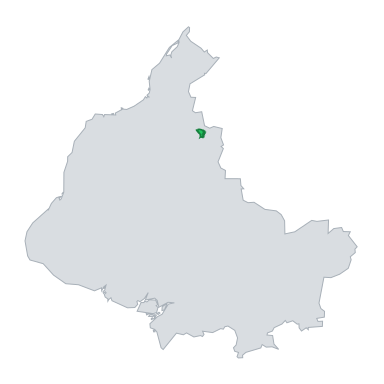 Maracaju, Mato Grosso do Sul, Brazil (highlighted), rotated 181°
{"feature_id": "56859067B1064226501781", "entity_name": "Maracaju", "entity_type": "district", "adm_level": 2, "iso_a3": "BRA", "parent_name": "Brazil", "parent_adm1": "Mato Grosso do Sul", "projection": "orthographic", "projection_center": [-55.512, -21.462], "detail": "fine", "context": "in_parent", "style": "filled", "palette": "green", "viewbox_px": 384, "rotation_deg": 181, "n_neighbors": 0, "source": "geoboundaries", "source_scale": "gbopen_adm2", "svg_char_len": 6875}
<svg xmlns="http://www.w3.org/2000/svg" viewBox="0 0 384 384"><g transform="rotate(181 192 192)"><path d="M84.5,61.7L89.0,65.0L94.8,62.9L96.5,65.2L99.7,61.6L107.5,57.8L109.2,54.4L114.1,52.4L114.5,50.3L108.9,49.9L107.4,41.4L102.6,36.2L109.2,38.6L115.1,38.2L119.2,40.7L120.5,37.3L135.3,32.6L138.6,29.7L138.4,27.2L142.8,26.9L144.1,28.1L142.7,32.4L146.5,33.5L147.8,37.0L145.2,39.8L143.9,46.9L146.8,54.4L153.7,58.6L156.8,57.9L158.3,55.4L160.9,55.9L168.9,51.8L179.0,53.0L177.5,49.8L179.0,47.7L181.0,48.6L187.6,47.1L195.0,51.0L198.1,49.1L205.1,50.6L218.1,34.0L220.2,35.8L224.7,51.5L226.9,54.0L231.3,55.5L231.8,59.5L224.3,66.8L219.8,69.2L213.7,79.5L207.7,80.9L214.0,81.3L223.1,76.2L224.9,83.0L227.4,85.2L236.8,83.2L234.0,90.7L237.7,84.7L242.1,81.4L244.2,82.5L245.2,81.5L244.3,78.7L247.2,75.5L254.5,75.1L270.1,81.9L271.2,84.9L273.4,83.0L277.0,85.5L277.9,88.1L276.1,89.7L276.9,90.7L278.8,89.1L279.3,90.8L277.5,92.4L276.3,97.5L278.7,95.5L280.6,91.7L280.8,94.6L287.8,91.5L303.9,97.3L316.6,98.1L329.0,106.5L339.5,117.7L352.8,121.2L355.2,125.2L358.1,140.2L356.3,149.4L350.7,158.3L335.5,172.4L335.5,171.1L332.4,178.1L327.5,183.9L325.3,184.7L324.0,181.6L322.6,182.9L320.2,189.6L320.4,209.4L316.9,220.5L316.9,225.1L312.6,229.4L310.5,240.7L299.9,254.3L299.0,260.8L293.2,263.0L290.1,268.3L282.9,267.9L281.5,265.7L280.8,267.9L269.6,267.7L270.0,269.6L262.7,273.7L258.7,273.4L251.4,276.8L242.2,283.3L240.3,286.5L238.8,285.2L238.2,286.7L236.2,285.9L238.7,288.0L236.5,290.1L235.7,293.7L236.7,301.8L234.2,313.7L226.7,320.2L217.1,336.2L208.6,343.4L208.5,340.9L214.4,338.0L219.9,329.3L220.1,327.7L216.6,328.6L214.7,325.6L215.6,328.5L214.6,331.8L209.2,337.1L207.5,341.4L207.9,343.8L203.8,352.0L198.4,357.1L197.3,356.3L197.4,352.2L200.4,348.5L195.9,342.7L185.4,335.9L182.2,332.2L179.2,334.2L178.9,331.6L173.0,325.9L170.1,327.4L167.1,326.6L180.0,310.8L181.6,310.9L181.3,309.4L195.9,300.1L197.3,292.3L194.7,286.7L190.0,286.6L193.0,273.3L190.0,271.3L183.7,272.4L180.6,258.5L175.4,256.1L171.4,257.9L162.9,256.0L164.1,246.8L161.3,239.6L163.7,238.0L161.4,236.0L166.5,222.6L163.6,216.5L158.9,214.1L159.2,205.9L143.9,206.1L143.2,199.3L140.3,196.1L142.9,195.9L140.7,184.7L135.8,182.3L129.8,182.8L118.8,175.9L107.4,174.6L102.4,170.9L98.9,164.8L98.4,151.7L88.5,154.0L71.8,165.7L66.6,164.8L55.0,166.4L55.2,152.9L49.6,157.9L41.8,159.1L40.0,155.1L33.1,155.0L34.9,151.2L25.9,140.1L28.1,137.7L27.7,134.3L32.6,130.0L31.7,127.0L34.4,118.5L42.9,112.4L51.6,108.8L58.6,109.1L63.1,83.1L61.1,77.7L57.4,75.0L57.5,69.2L65.1,67.8L63.8,64.8L59.2,65.1L59.3,59.9L73.5,58.6L73.3,56.4L75.5,58.2L80.1,54.9L82.5,58.0L82.8,62.1L84.5,61.7ZM228.7,69.7L244.8,71.8L241.0,80.6L238.1,80.6L237.5,82.1L235.2,81.3L232.6,83.5L226.5,83.3L224.3,78.7L225.9,77.7L224.0,76.0L225.3,70.9L228.7,69.7ZM215.0,80.1L217.5,73.7L220.0,72.9L219.8,76.8L215.0,80.1ZM233.2,66.8L231.6,69.1L228.0,68.4L228.5,66.9L233.2,66.8ZM227.7,63.9L227.0,68.8L225.5,68.2L227.7,63.9ZM235.7,69.9L233.4,70.1L232.4,69.7L235.2,68.3L235.7,69.9ZM225.2,69.7L222.9,71.2L221.9,70.4L223.6,69.0L225.2,69.7ZM229.6,65.6L228.5,64.6L230.4,63.7L230.6,64.6L229.6,65.6ZM228.3,53.1L226.9,53.3L226.6,51.6L227.9,51.5L228.3,53.1ZM237.0,306.8L236.6,305.1L237.7,303.7L238.0,304.1L237.0,306.8ZM264.0,273.1L264.2,275.0L262.7,274.5L264.0,273.1ZM236.9,295.0L236.3,294.0L237.3,293.0L237.6,293.4L236.9,295.0ZM278.4,94.4L277.4,96.2L278.4,93.6L278.4,94.4ZM324.5,184.9L322.9,185.3L324.0,183.9L324.5,184.9ZM273.6,268.7L272.0,269.2L271.7,268.8L272.7,268.0L273.6,268.7ZM321.8,188.1L321.1,189.1L320.8,188.4L321.8,188.1ZM274.2,81.4L274.3,82.4L273.8,82.2L274.2,81.4Z" fill="#d9dde1" stroke="#a8b0b8" stroke-width="1"/><path d="M183.1,246.9L183.0,247.1L183.1,247.4L183.0,247.5L182.9,247.5L182.7,247.6L182.8,247.4L182.7,247.4L182.6,247.5L182.6,247.4L182.7,247.2L182.8,247.3L182.7,247.2L182.6,247.3L182.4,247.4L182.1,247.3L182.1,247.2L182.1,247.3L182.1,247.5L182.0,247.4L182.0,247.5L181.9,247.5L182.0,247.6L181.8,247.7L182.0,247.7L182.0,247.8L181.9,247.9L182.1,247.9L182.0,248.0L182.1,248.3L182.1,248.2L182.0,248.4L181.9,248.3L181.9,248.5L182.0,248.7L182.0,248.8L181.9,248.7L181.8,248.8L181.8,248.7L181.7,248.7L181.8,248.5L181.7,248.4L181.7,248.5L181.6,248.8L181.4,248.9L181.5,248.9L181.4,249.1L181.5,249.1L181.7,249.3L181.6,249.5L181.5,249.4L181.4,249.6L181.6,249.6L181.4,249.7L181.5,249.8L181.4,249.8L181.5,249.9L181.6,249.7L181.8,249.7L181.7,249.7L181.7,249.8L181.6,250.0L181.8,250.0L181.7,250.0L181.8,250.2L181.8,250.3L182.0,250.3L181.9,250.4L181.7,250.4L181.6,250.5L181.8,250.7L181.8,250.8L181.7,250.8L181.8,250.9L181.7,251.0L181.6,250.9L181.6,251.0L181.5,250.9L181.6,250.7L181.5,250.8L181.5,250.7L181.4,250.8L181.4,250.4L181.2,250.6L181.2,250.4L181.2,250.2L181.0,250.3L181.1,250.5L181.1,250.8L181.0,250.6L180.9,250.8L180.9,250.6L180.7,250.4L180.8,250.6L180.6,250.7L180.4,250.6L180.3,250.8L180.4,251.1L180.5,251.1L180.7,251.3L180.4,251.3L180.5,251.5L180.8,251.5L180.7,251.6L180.8,251.8L180.7,251.9L180.9,251.9L181.0,251.8L180.9,251.9L180.9,252.0L181.0,252.0L180.9,252.0L181.0,252.2L180.9,252.2L180.7,252.1L180.5,251.9L180.4,252.0L180.5,252.0L180.4,252.1L180.5,252.2L180.5,252.3L180.6,252.2L180.6,252.3L180.4,252.4L180.3,252.2L180.4,252.3L180.4,252.5L180.5,252.7L180.6,252.8L180.7,253.0L180.9,253.1L181.0,253.4L181.2,253.6L181.3,253.3L181.6,253.4L181.8,253.6L182.1,253.6L182.3,253.8L182.5,253.7L182.6,253.8L182.7,253.7L182.8,253.9L182.9,254.0L183.0,254.1L183.2,254.3L183.3,254.3L183.5,254.3L183.8,254.5L184.1,254.4L184.2,254.5L184.5,254.5L185.0,254.8L185.7,254.7L185.8,254.8L186.2,254.6L186.3,254.6L186.7,254.5L186.8,254.6L186.9,254.4L187.0,254.5L187.1,254.3L187.2,253.9L187.4,253.8L187.5,253.8L188.0,253.9L188.3,254.1L188.5,254.0L188.4,253.9L188.4,253.6L188.2,253.5L188.2,253.4L187.9,253.3L187.9,253.2L187.7,253.1L187.7,252.8L187.6,252.7L187.5,252.8L187.4,252.6L187.1,252.5L187.2,252.4L187.2,252.2L186.9,252.1L186.9,251.9L186.8,251.7L186.7,251.7L186.7,251.8L186.6,251.6L186.4,251.6L186.2,251.6L186.2,251.4L185.9,251.4L186.1,251.3L186.1,251.1L185.9,251.1L186.0,251.1L185.9,250.9L185.7,250.9L185.7,250.7L185.3,250.4L185.1,250.4L184.9,250.2L184.8,249.8L184.7,249.7L184.8,249.5L184.6,249.4L184.7,249.0L184.6,248.9L184.5,248.6L184.4,248.4L184.5,248.3L184.4,248.2L184.5,248.2L184.6,247.9L184.5,247.7L184.6,247.4L184.7,247.2L184.8,247.0L184.9,246.7L184.6,246.9L184.6,247.1L184.1,247.0L183.6,247.2L183.2,246.9L183.1,246.9ZM182.0,248.8L182.0,248.7L182.0,248.8ZM180.7,251.7L180.8,251.7L180.7,251.7L180.7,251.7ZM182.3,247.3L182.4,247.2L182.3,247.3ZM181.6,250.0L181.4,250.0L181.6,250.0ZM181.6,250.3L181.6,250.2L181.5,250.3L181.6,250.3ZM180.4,251.0L180.4,250.9L180.3,251.0L180.4,251.0ZM181.5,249.3L181.4,249.3L181.5,249.3ZM180.9,250.6L181.0,250.5L180.9,250.5L180.9,250.6ZM180.3,252.2L180.3,252.3L180.3,252.2ZM181.7,247.5L181.7,247.4L181.7,247.5ZM181.5,250.7L181.4,250.6L181.5,250.7ZM182.0,247.4L181.9,247.4L182.0,247.4ZM181.8,247.5L181.8,247.4L181.7,247.5L181.8,247.5Z" fill="#22c55e" stroke="#15803d" stroke-width="1.5"/></g></svg>